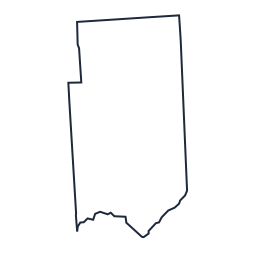 Fremont, Colorado, United States of America, rotated 267°
{"feature_id": "52423323B14267745196837", "entity_name": "Fremont", "entity_type": "district", "adm_level": 2, "iso_a3": "USA", "parent_name": "United States of America", "parent_adm1": "Colorado", "projection": "albers", "projection_center": [-105.647, 38.478], "detail": "fine", "context": "isolated", "style": "outline", "palette": "slate", "viewbox_px": 256, "rotation_deg": 267, "n_neighbors": 0, "source": "geoboundaries", "source_scale": "gbopen_adm2", "svg_char_len": 613}
<svg xmlns="http://www.w3.org/2000/svg" viewBox="0 0 256 256"><g transform="rotate(267 128 128)"><path d="M237.0,116.7L236.6,82.7L213.9,82.1L210.3,83.3L180.0,83.7L175.9,83.7L176.3,70.8L157.7,70.8L45.2,71.7L43.7,71.4L27.2,71.8L32.2,72.7L36.1,75.4L36.2,78.9L39.8,82.9L38.2,88.4L44.0,90.7L45.8,95.7L42.9,103.2L44.3,106.3L40.6,109.8L39.5,120.9L33.5,121.4L18.6,136.2L18.2,137.9L21.5,143.1L24.1,143.2L31.5,150.9L32.1,154.0L37.1,157.0L43.5,163.9L46.0,170.4L49.7,175.0L52.9,176.3L57.7,181.5L62.3,183.7L210.3,185.2L215.5,185.2L237.8,184.9L237.5,155.2L237.0,116.7Z" fill="none" stroke="#1e293b" stroke-width="2"/></g></svg>